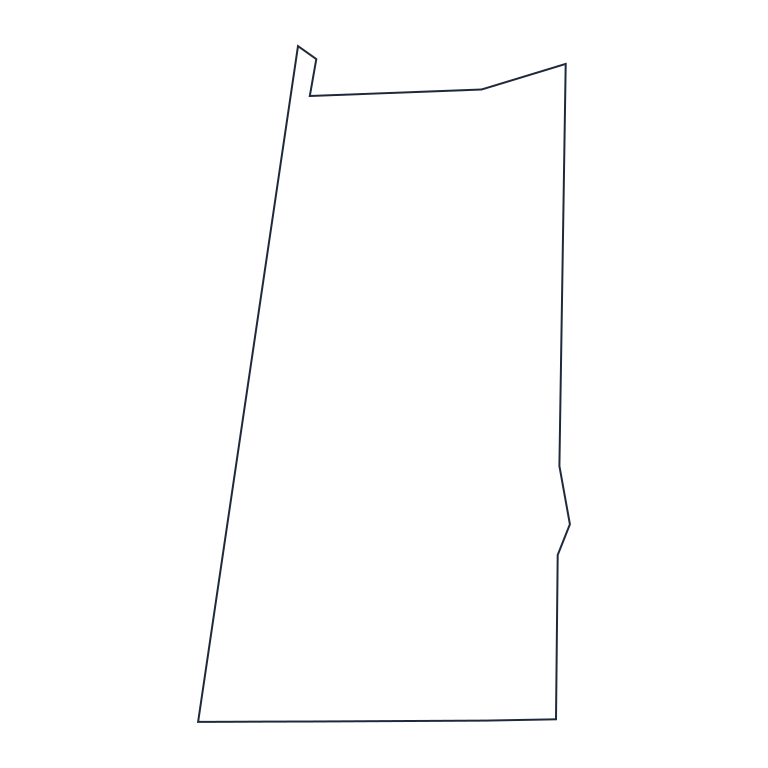 the district of Todd, Kentucky, United States of America
{"feature_id": "52423323B26851239767625", "entity_name": "Todd", "entity_type": "district", "adm_level": 2, "iso_a3": "USA", "parent_name": "United States of America", "parent_adm1": "Kentucky", "projection": "robinson", "projection_center": [-87.184, 36.857], "detail": "fine", "context": "isolated", "style": "outline", "palette": "slate", "viewbox_px": 768, "rotation_deg": 0, "n_neighbors": 0, "source": "geoboundaries", "source_scale": "gbopen_adm2", "svg_char_len": 338}
<svg xmlns="http://www.w3.org/2000/svg" viewBox="0 0 768 768"><path d="M485.6,720.6L556.0,719.3L557.7,555.0L569.9,524.3L559.4,466.0L565.7,63.9L481.5,89.5L309.8,96.0L316.3,59.1L298.0,46.1L198.1,721.9L225.5,721.8L269.0,721.6L273.1,721.6L313.0,721.5L334.7,721.4L335.3,721.4L485.6,720.6Z" fill="none" stroke="#1e293b" stroke-width="2"/></svg>